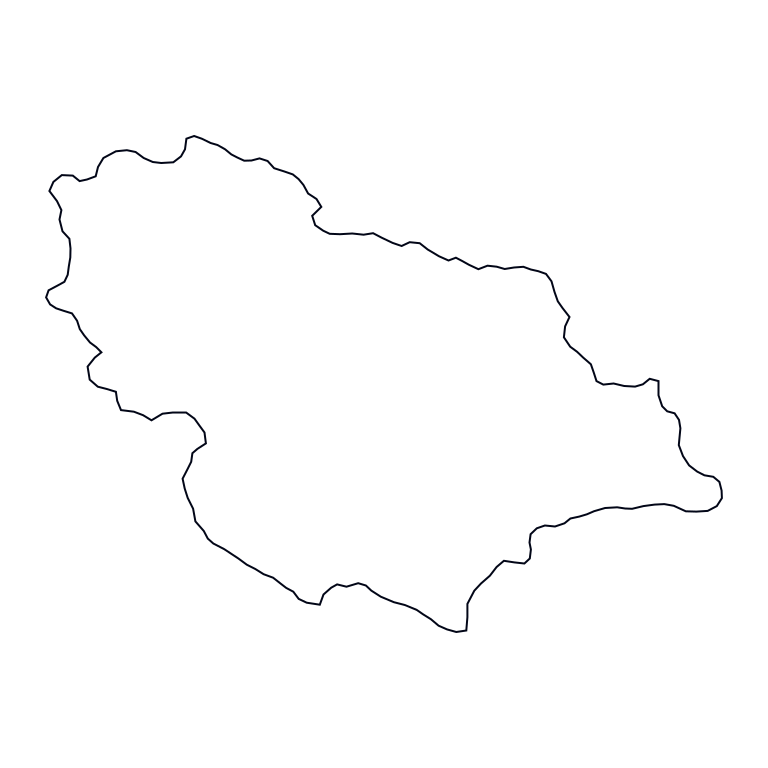 the district of Conceição da Aparecida, Minas Gerais, Brazil
{"feature_id": "56859067B12007549634062", "entity_name": "Conceição da Aparecida", "entity_type": "district", "adm_level": 2, "iso_a3": "BRA", "parent_name": "Brazil", "parent_adm1": "Minas Gerais", "projection": "albers", "projection_center": [-46.222, -21.097], "detail": "fine", "context": "isolated", "style": "outline", "palette": "ink", "viewbox_px": 768, "rotation_deg": 0, "n_neighbors": 0, "source": "geoboundaries", "source_scale": "gbopen_adm2", "svg_char_len": 2721}
<svg xmlns="http://www.w3.org/2000/svg" viewBox="0 0 768 768"><path d="M716.8,506.1L721.9,498.1L721.6,490.6L719.4,481.9L713.3,476.8L704.4,475.3L697.2,471.6L689.1,465.4L683.0,456.1L678.8,445.1L679.7,435.6L680.4,428.3L679.0,419.9L674.6,413.3L667.2,411.3L662.2,406.3L658.5,395.3L658.5,381.1L649.7,378.8L642.9,384.3L635.1,386.6L624.2,386.0L613.6,383.5L603.3,384.6L596.5,381.1L593.9,373.0L590.9,364.3L583.3,357.7L577.1,351.8L570.2,346.7L563.9,337.3L565.1,326.4L569.5,317.0L562.5,308.0L557.8,301.3L554.5,291.9L551.5,281.3L546.0,273.9L538.3,271.2L530.8,269.5L523.4,266.8L514.0,267.5L504.7,269.0L496.7,266.7L487.5,265.7L478.4,269.2L469.0,264.8L462.0,260.9L455.9,257.7L448.5,260.5L438.9,256.2L427.7,249.5L419.7,243.2L409.7,242.2L401.6,246.0L392.6,242.9L381.7,237.7L373.1,233.2L363.6,234.7L352.3,233.5L340.0,234.2L329.7,233.8L323.2,230.7L315.2,225.2L312.2,215.8L321.3,206.9L316.5,199.0L308.1,193.5L303.4,184.9L298.6,179.1L292.8,174.4L284.4,171.5L274.1,168.2L267.6,161.0L259.5,158.4L251.5,160.5L244.2,160.7L237.3,157.5L231.3,154.4L225.1,149.3L217.5,145.0L210.6,143.0L201.8,138.7L194.1,136.0L186.4,138.7L185.0,149.3L181.0,156.4L173.3,162.3L161.2,163.0L152.8,162.0L143.7,158.0L135.6,152.0L126.9,150.2L115.9,151.3L103.4,158.0L98.0,167.0L95.7,176.3L87.0,179.5L79.6,181.1L72.8,175.6L61.8,175.1L53.4,181.9L49.4,191.0L57.0,201.1L61.4,210.1L59.5,219.5L62.5,231.3L69.4,238.8L70.5,248.4L70.3,257.5L68.8,266.5L67.7,274.8L64.4,281.8L57.5,285.6L48.6,290.3L46.1,297.4L50.1,304.4L56.1,308.3L63.6,310.8L72.0,313.4L77.1,320.8L79.8,329.1L84.1,335.3L90.0,342.5L96.2,347.1L101.4,352.3L94.8,357.6L87.6,366.6L89.7,379.6L97.8,386.7L106.8,389.0L115.9,391.8L117.2,400.8L121.0,410.1L133.9,411.7L143.1,415.2L151.5,420.3L162.5,413.7L173.0,412.5L186.1,412.5L194.5,418.7L199.3,425.4L204.5,432.5L205.9,443.4L197.5,448.8L192.4,453.2L191.2,461.8L187.5,469.2L182.6,478.7L184.7,488.5L187.7,497.9L193.1,508.7L195.4,521.4L203.8,531.0L207.8,538.6L213.3,543.5L224.3,549.2L231.4,553.9L238.4,558.5L246.8,564.7L255.3,569.0L263.6,574.2L273.1,577.7L280.5,583.5L286.2,587.9L293.3,591.7L298.7,598.9L306.7,602.7L319.8,604.7L323.5,594.5L331.2,587.7L337.1,584.4L346.5,586.7L358.2,583.2L365.9,585.5L371.3,590.6L380.8,596.7L393.9,602.2L404.8,605.0L416.7,609.9L423.2,614.4L430.9,619.2L438.6,625.7L447.0,629.4L456.3,632.0L466.3,630.5L467.4,617.2L467.4,603.9L474.3,590.7L481.0,583.5L489.9,575.7L496.6,567.0L503.9,560.8L514.4,562.4L524.4,563.5L529.8,558.5L530.9,549.5L529.5,542.5L530.6,534.2L536.8,528.3L544.9,525.5L555.0,526.5L564.5,523.3L570.4,518.5L579.2,516.6L586.9,514.3L594.1,511.2L605.1,508.0L617.2,507.3L625.1,508.5L632.1,508.8L643.4,506.1L654.5,504.6L664.3,504.1L673.8,505.8L685.8,511.3L696.4,511.6L707.7,510.9L716.8,506.1Z" fill="none" stroke="#020617" stroke-width="2"/></svg>